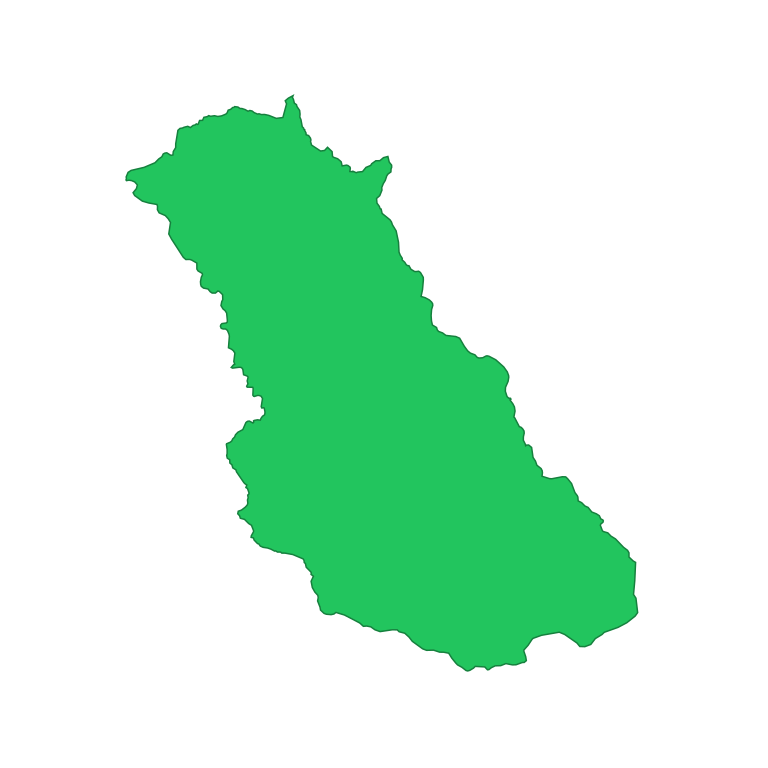 Timaná, Huila, Colombia, rotated 281°
{"feature_id": "7082276B8755035279913", "entity_name": "Timaná", "entity_type": "district", "adm_level": 2, "iso_a3": "COL", "parent_name": "Colombia", "parent_adm1": "Huila", "projection": "orthographic", "projection_center": [-75.889, 1.95], "detail": "fine", "context": "isolated", "style": "filled", "palette": "green", "viewbox_px": 768, "rotation_deg": 281, "n_neighbors": 0, "source": "geoboundaries", "source_scale": "gbopen_adm2", "svg_char_len": 6163}
<svg xmlns="http://www.w3.org/2000/svg" viewBox="0 0 768 768"><g transform="rotate(281 384 384)"><path d="M256.9,665.0L257.8,662.4L260.9,657.5L265.0,656.7L267.2,654.8L269.4,650.3L276.1,640.8L278.0,635.8L280.6,632.1L281.0,627.6L281.6,626.4L286.6,623.3L287.9,623.5L290.0,625.3L291.5,625.4L292.3,624.8L293.0,622.5L295.8,620.5L297.1,617.2L298.0,612.4L301.8,607.9L302.6,604.5L305.2,600.7L306.3,596.9L310.0,595.9L311.3,595.0L313.9,592.1L322.1,587.1L326.1,582.3L327.5,580.1L327.0,576.8L323.0,566.8L322.7,564.5L323.6,556.7L327.0,556.5L329.1,555.8L331.0,554.3L333.4,549.6L337.2,547.4L340.4,544.3L349.9,541.0L351.7,537.7L351.3,535.8L350.4,534.8L351.6,534.4L355.4,531.5L358.7,530.9L362.5,531.0L364.6,530.4L366.6,528.5L367.7,526.7L367.9,525.0L375.7,518.8L376.4,517.8L382.4,517.8L386.4,516.4L389.1,514.3L392.4,510.7L393.3,511.5L394.1,510.9L393.9,509.1L395.1,507.2L400.0,504.5L403.9,503.9L410.2,505.3L414.4,505.2L416.1,504.7L419.4,502.7L423.6,498.3L429.1,489.1L431.3,481.7L431.3,479.7L430.8,478.6L428.6,475.9L427.6,472.2L427.9,470.4L430.0,467.7L430.8,462.9L432.5,459.8L436.4,455.6L443.4,449.5L444.3,445.4L443.5,435.5L445.3,431.8L446.0,427.6L447.2,426.0L449.5,424.8L451.1,420.3L454.9,418.6L460.1,417.2L466.2,416.5L470.4,416.9L472.1,416.4L473.5,415.1L475.2,412.4L476.6,407.8L477.0,403.7L483.9,403.8L493.6,402.8L496.2,402.2L500.4,398.5L501.3,396.5L500.4,393.8L500.3,392.4L501.8,388.5L504.9,385.9L504.7,384.8L505.2,383.2L507.4,381.2L509.3,378.1L510.9,377.9L513.5,375.4L516.3,373.6L525.9,371.2L536.6,366.7L541.9,361.9L544.5,360.4L546.3,358.6L551.1,349.6L555.2,347.8L555.3,346.8L557.5,345.5L560.2,342.6L564.7,341.3L568.1,343.9L573.9,345.0L576.4,344.3L580.6,345.1L584.1,346.4L588.9,347.0L590.9,347.9L593.5,350.3L596.5,349.9L598.2,350.2L600.3,349.7L602.8,346.8L608.1,344.4L606.1,340.3L602.4,337.3L601.6,333.4L597.9,329.9L596.0,329.2L593.2,325.0L588.4,322.4L587.0,317.8L586.1,316.4L586.9,313.0L586.5,313.0L586.1,309.9L589.2,309.8L590.4,309.3L591.6,306.9L591.7,305.4L590.1,301.3L593.9,299.6L594.8,298.2L596.3,295.5L596.9,291.3L597.5,290.1L602.2,288.7L605.6,283.4L601.9,281.1L600.6,277.3L604.7,267.3L608.1,265.6L609.6,265.7L611.3,264.9L613.5,262.6L613.8,260.0L615.6,259.5L618.0,257.6L618.5,257.6L618.6,256.9L619.9,256.2L620.9,254.7L627.7,252.0L630.0,250.4L632.9,250.1L636.4,249.0L639.9,245.5L641.5,244.8L642.6,242.4L646.1,240.8L647.9,239.4L649.7,239.7L646.4,235.6L643.2,233.0L640.4,234.9L626.3,233.9L624.2,227.6L625.7,219.7L625.8,215.3L625.1,212.3L625.4,209.7L624.8,208.6L625.6,204.8L626.8,202.5L626.9,200.1L625.8,198.5L626.9,195.3L627.3,192.0L627.0,190.0L628.0,187.8L627.8,184.5L627.0,184.0L626.5,182.7L624.3,181.0L623.1,178.8L620.3,178.3L618.8,177.3L616.2,173.4L614.9,169.8L615.0,166.4L613.7,162.7L614.0,160.7L612.8,159.6L611.4,156.3L608.2,155.6L607.5,152.7L603.6,152.0L603.2,151.5L603.5,150.1L602.3,149.2L601.4,147.3L598.8,145.0L599.5,142.2L597.8,138.6L596.8,137.3L596.0,135.0L593.7,133.3L580.1,133.7L576.3,134.4L572.0,132.8L568.5,133.1L567.8,131.1L569.5,126.7L568.9,124.9L567.7,123.4L564.7,122.6L561.9,119.9L557.5,117.0L550.9,107.2L545.4,95.0L542.9,92.4L538.1,91.4L536.3,92.0L535.1,91.8L534.5,92.4L535.4,94.8L535.5,97.5L534.8,100.7L532.4,103.9L528.6,103.7L523.9,101.2L521.4,103.3L517.4,111.9L516.8,118.5L516.9,126.9L515.1,127.8L511.9,128.3L509.1,130.6L507.6,137.2L505.1,140.6L501.9,143.6L490.2,144.1L485.7,147.8L470.1,162.8L468.4,165.7L469.2,169.6L469.0,171.4L467.0,177.2L461.1,178.4L459.5,179.9L457.9,184.4L456.5,185.0L454.0,184.3L449.4,184.3L446.6,185.1L445.0,186.0L443.7,188.5L443.7,193.1L441.4,195.8L440.5,197.9L441.1,201.2L443.6,203.2L443.4,204.7L440.9,208.5L436.1,209.6L433.9,209.0L429.9,209.0L426.9,211.7L425.8,213.9L423.6,216.0L416.5,218.1L414.8,218.3L413.8,217.5L412.4,213.4L410.9,212.5L409.5,212.4L407.6,213.6L407.3,215.7L407.8,218.0L406.7,220.1L403.2,222.4L401.4,223.1L389.9,224.4L389.0,227.8L387.9,229.8L385.9,231.7L377.4,232.3L374.9,233.7L374.1,232.6L371.1,230.9L370.7,232.3L372.8,238.7L373.0,240.5L372.4,241.7L371.3,242.7L366.3,244.4L365.8,247.7L365.3,248.9L364.4,249.3L360.9,249.1L358.2,250.4L355.6,249.6L354.8,250.3L355.7,255.8L354.7,256.4L348.0,257.4L347.1,258.4L347.0,259.0L348.6,262.0L348.9,263.5L348.6,265.6L346.6,267.5L338.3,267.8L337.1,268.7L337.7,270.3L337.5,271.0L333.9,272.5L332.4,272.7L330.8,272.6L329.2,270.9L326.8,269.8L324.9,269.5L324.7,266.6L323.5,263.6L323.0,263.0L321.6,263.4L320.7,262.8L321.9,259.0L321.6,257.6L320.9,256.7L319.8,255.8L312.3,254.1L308.8,249.8L305.8,247.9L303.5,247.5L301.1,245.9L299.2,245.5L297.6,244.3L295.3,240.9L294.6,240.8L289.8,242.5L285.7,243.3L283.8,243.2L281.3,244.3L280.2,247.0L277.0,247.8L275.7,250.1L272.8,251.6L271.5,255.0L269.6,256.0L260.9,264.8L259.7,266.2L258.7,268.6L256.0,268.2L255.4,269.9L251.5,272.2L250.4,272.4L248.9,271.4L246.4,272.4L244.1,272.1L240.9,273.1L239.0,272.8L236.6,271.3L233.0,268.1L231.3,265.2L228.7,265.2L227.1,267.4L224.8,268.6L224.5,272.9L221.2,277.8L220.0,280.9L215.0,284.0L214.1,284.1L209.6,282.7L208.1,282.8L208.0,285.2L206.0,286.3L203.2,290.3L203.2,291.5L201.3,293.5L200.6,296.5L200.8,301.0L200.3,304.5L199.1,308.5L199.5,309.4L198.7,311.5L199.3,314.6L198.5,315.8L199.1,319.1L199.2,327.0L196.9,338.0L195.5,339.2L193.5,339.8L192.8,341.1L189.3,342.6L185.5,348.1L184.6,348.7L183.2,348.7L181.8,351.4L176.4,350.1L170.5,352.5L166.5,355.9L163.9,359.4L161.7,360.2L158.4,360.2L152.7,363.8L150.0,364.8L147.4,368.9L147.0,371.3L147.5,376.1L148.7,378.8L150.6,380.4L149.7,389.2L144.8,405.7L142.2,410.0L143.1,413.1L143.1,417.4L141.0,422.0L140.2,427.4L144.3,439.0L145.2,443.9L143.7,446.1L143.3,452.0L140.3,456.9L136.8,460.9L131.4,472.5L130.7,476.6L132.2,483.4L131.4,489.7L132.1,493.7L132.1,498.9L127.8,502.9L123.7,507.8L122.3,509.8L120.8,514.5L118.4,519.2L118.3,520.9L119.3,522.9L122.2,526.1L124.2,527.4L125.5,536.9L123.2,540.1L123.6,541.4L126.1,543.6L128.6,547.0L129.8,552.3L132.8,557.0L132.8,563.7L133.6,567.2L137.0,572.9L137.4,574.7L139.6,576.5L143.4,575.1L148.5,572.2L149.6,572.1L155.0,575.3L161.7,578.1L162.8,578.9L167.4,586.6L173.8,603.4L172.6,609.2L170.3,614.4L166.6,622.8L163.7,626.3L164.5,631.3L167.8,636.7L174.4,640.0L179.7,645.8L182.3,647.6L189.7,660.1L196.0,667.9L204.2,674.9L208.0,676.6L221.8,672.2L225.0,669.1L238.7,667.7L256.9,665.0Z" fill="#22c55e" stroke="#15803d" stroke-width="1.5"/></g></svg>